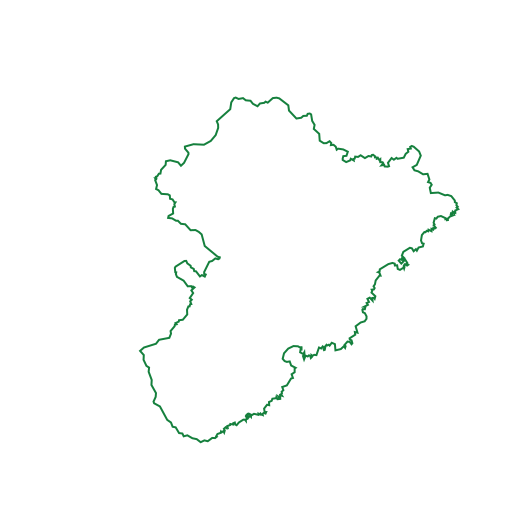 Pacitan, Jawa Timur, Indonesia (Albers equal-area conic projection), rotated 310°
{"feature_id": "22746128B46377021687256", "entity_name": "Pacitan", "entity_type": "district", "adm_level": 2, "iso_a3": "IDN", "parent_name": "Indonesia", "parent_adm1": "Jawa Timur", "projection": "albers", "projection_center": [111.181, -8.102], "detail": "fine", "context": "isolated", "style": "outline", "palette": "green", "viewbox_px": 512, "rotation_deg": 310, "n_neighbors": 0, "source": "geoboundaries", "source_scale": "gbopen_adm2", "svg_char_len": 6126}
<svg xmlns="http://www.w3.org/2000/svg" viewBox="0 0 512 512"><g transform="rotate(310 256 256)"><path d="M334.0,139.3L332.4,142.4L329.8,144.7L322.7,147.4L315.1,147.4L307.8,144.6L301.5,136.3L294.1,131.2L292.6,132.6L291.7,137.8L290.7,138.8L281.1,141.0L276.9,140.5L277.7,136.1L274.2,128.8L270.7,126.1L267.7,128.2L261.0,127.9L257.7,129.8L256.6,128.7L253.6,129.1L252.4,128.4L251.6,129.5L250.8,128.7L250.4,130.2L249.3,130.0L246.7,134.6L243.1,136.4L243.7,139.0L242.8,143.6L246.6,148.8L247.0,151.0L244.6,153.4L245.7,155.7L244.7,159.0L245.3,159.8L243.2,160.1L241.7,162.1L240.5,161.3L238.7,162.0L235.3,165.2L230.5,163.3L228.7,164.2L230.9,167.6L231.6,172.0L232.8,173.5L232.4,177.8L234.8,181.4L233.7,189.3L237.0,193.0L237.7,196.7L237.6,200.5L230.7,210.3L230.8,227.0L231.7,229.1L230.6,229.6L229.2,229.1L228.0,226.4L224.0,225.6L221.5,223.9L210.4,226.6L209.0,227.8L209.5,229.4L207.3,230.0L206.6,226.8L204.3,226.2L205.7,219.9L204.7,218.4L206.1,216.6L205.4,213.4L206.5,212.2L206.2,208.1L207.4,205.7L206.2,204.4L196.1,201.2L194.7,201.5L191.7,204.6L192.2,205.4L190.6,206.3L189.2,208.9L190.6,216.4L188.9,223.2L191.2,225.7L190.8,227.1L192.1,227.3L192.4,229.1L188.1,228.6L187.2,231.7L181.2,232.3L181.2,234.9L179.0,234.7L177.6,237.3L176.7,236.6L174.7,237.5L173.9,236.6L170.5,237.7L167.0,240.9L160.1,240.9L157.3,238.3L156.1,239.0L152.9,237.5L152.6,239.0L151.2,238.0L149.9,238.8L143.6,238.8L141.9,240.8L137.6,242.2L129.5,235.6L124.5,235.8L113.9,229.0L108.8,228.2L108.0,233.7L104.2,236.6L101.4,242.7L101.8,245.8L98.3,248.2L94.0,255.8L90.0,258.8L86.7,267.5L83.6,269.7L78.6,271.1L77.7,272.6L79.0,279.1L73.4,293.3L73.8,297.9L71.6,301.9L73.1,304.6L70.9,310.9L72.7,313.7L71.4,316.5L74.5,318.7L75.5,324.4L77.6,328.3L77.8,333.3L81.6,335.0L83.1,338.1L88.5,339.4L90.2,341.7L92.3,342.1L92.2,341.4L94.9,340.9L97.8,342.6L99.1,342.0L99.0,343.1L100.9,343.6L100.3,345.1L102.3,344.2L103.0,342.5L105.3,342.8L105.3,344.3L106.1,343.9L106.3,344.6L107.3,343.3L109.9,344.8L110.8,344.3L112.2,346.8L113.2,346.0L114.8,346.8L113.6,348.4L113.9,349.9L117.5,349.9L122.5,351.5L123.5,352.7L123.2,354.2L124.2,353.3L125.6,354.0L126.9,351.1L127.8,350.9L129.8,351.1L130.6,351.7L130.8,352.5L129.5,351.3L126.9,351.6L127.2,353.3L128.1,353.4L127.6,354.1L129.8,354.1L129.6,355.5L130.5,354.8L133.8,355.9L135.8,359.8L136.7,359.2L136.7,360.3L138.2,360.6L137.3,362.7L138.0,361.7L138.5,363.4L139.2,362.5L140.8,362.8L141.4,364.6L143.0,364.1L142.0,363.0L144.3,360.3L149.2,360.1L150.2,362.0L152.5,359.8L155.1,361.1L157.2,360.3L160.0,362.8L161.0,362.3L160.1,364.5L161.7,366.0L162.7,363.8L162.9,365.7L164.9,363.9L165.7,365.8L166.3,364.0L167.6,364.1L168.5,362.9L170.8,363.2L172.5,360.3L176.7,362.8L184.6,361.6L186.3,362.7L188.3,359.3L191.8,360.3L194.7,357.9L195.8,358.2L194.7,353.3L196.9,349.6L194.7,347.7L193.9,345.5L194.4,342.5L199.5,340.0L205.8,340.2L211.1,342.6L213.8,346.2L214.4,349.5L216.0,349.0L213.6,351.0L212.9,350.3L210.6,351.7L211.3,355.3L213.3,354.9L211.5,356.7L209.6,356.3L207.7,359.3L211.5,358.0L212.3,360.2L213.9,360.4L214.4,361.7L213.1,363.6L214.7,363.7L215.8,362.4L215.9,363.5L217.7,364.1L218.9,366.0L226.4,363.1L227.1,365.4L229.6,365.2L229.6,367.1L233.2,367.1L233.0,367.9L234.8,368.8L234.7,370.0L238.2,369.8L239.2,373.1L234.8,377.5L239.2,380.8L243.4,381.3L242.9,383.3L244.5,382.6L244.8,381.0L249.3,381.1L250.4,383.1L249.8,385.9L251.1,385.9L252.8,383.4L252.3,381.6L253.1,380.6L259.5,382.6L261.3,380.6L262.5,383.0L266.2,377.5L272.3,378.9L275.8,381.2L278.9,381.0L280.8,379.5L282.2,376.1L281.6,374.1L283.1,372.1L283.9,371.9L285.2,373.6L287.2,372.6L286.5,371.4L290.5,373.1L291.1,371.0L293.4,372.1L294.8,368.9L297.2,369.9L296.7,374.0L298.6,372.1L299.8,373.2L299.5,374.4L301.9,373.3L302.2,368.0L304.1,367.4L304.6,366.3L306.2,367.8L307.7,367.5L308.4,365.5L310.8,365.3L314.2,363.4L320.4,363.2L321.0,364.0L322.6,361.2L322.1,359.9L323.8,360.5L325.4,359.4L334.9,362.6L338.4,365.0L339.3,367.2L338.0,368.5L339.6,370.1L337.2,372.9L337.9,375.2L342.1,376.6L341.6,377.5L343.1,376.8L343.2,375.6L345.1,375.2L345.8,377.9L347.0,378.2L346.5,376.1L347.9,376.4L349.1,372.6L343.6,372.2L344.2,368.3L346.1,368.4L346.7,370.1L347.8,369.5L347.8,370.8L349.7,370.8L350.0,367.5L353.9,366.2L361.2,368.6L362.1,370.5L361.0,373.7L364.0,374.1L363.5,375.8L367.0,375.1L370.6,377.7L373.2,376.5L372.5,375.0L374.0,372.4L378.7,369.6L382.6,369.6L383.1,370.5L385.0,370.6L385.6,372.0L387.0,371.2L387.8,374.5L389.6,373.0L390.1,374.7L391.4,373.8L391.9,375.3L393.2,375.6L393.8,372.3L394.9,372.5L395.6,370.7L399.9,368.7L400.6,370.1L402.9,370.0L405.5,372.0L406.8,376.8L406.0,377.4L407.1,378.2L406.1,379.2L406.9,379.9L407.8,379.0L410.8,379.2L413.9,380.9L413.0,378.5L414.2,377.9L414.8,379.0L416.3,378.2L416.1,380.5L417.1,379.9L417.3,380.8L418.9,379.4L421.9,380.8L422.0,378.6L423.4,378.9L423.7,376.9L425.5,375.9L425.1,373.7L426.3,372.6L427.4,367.1L426.0,363.5L424.0,361.8L421.8,354.9L416.6,349.5L420.0,345.2L423.5,344.8L424.2,342.7L423.2,340.3L426.1,339.6L429.2,334.6L426.0,331.5L425.1,325.8L423.5,322.3L424.6,318.9L429.1,320.6L438.8,317.7L440.9,313.8L441.1,306.6L440.4,304.6L438.7,304.0L437.8,305.5L435.4,303.5L433.8,305.7L430.5,305.0L426.3,306.0L421.5,302.0L421.5,300.5L418.4,299.7L418.2,296.9L412.2,297.2L410.3,300.2L409.1,299.5L407.3,297.0L408.2,295.6L406.1,293.9L408.9,293.8L409.2,292.7L407.8,290.9L409.9,289.1L408.7,289.0L409.4,287.0L408.3,286.2L409.4,285.7L408.0,283.8L408.9,283.2L408.8,280.6L407.7,279.8L406.3,280.3L404.9,277.9L401.0,276.5L400.4,271.4L397.5,270.5L395.9,268.1L394.0,269.0L392.9,268.3L392.0,269.4L391.4,266.1L389.8,266.7L385.9,264.7L385.3,260.7L386.3,259.8L388.6,258.7L390.9,260.9L394.9,259.3L393.7,254.3L391.0,249.9L389.3,249.5L391.0,246.8L391.0,243.9L389.1,242.1L390.9,241.1L391.2,238.6L387.7,237.4L385.9,235.3L385.3,230.7L390.2,225.9L390.5,218.6L394.1,216.6L395.6,212.2L399.9,207.2L399.7,205.6L398.1,204.2L396.1,204.8L393.7,202.2L391.0,201.8L387.3,198.6L388.6,187.8L392.2,183.9L391.7,172.5L390.5,170.0L387.8,167.4L381.0,166.4L380.4,164.1L378.7,163.9L375.4,161.0L371.7,160.9L370.6,155.8L371.4,152.0L368.7,148.1L368.6,144.6L365.1,141.7L364.3,138.6L362.8,137.7L357.8,138.3L351.9,141.9L334.0,139.3ZM229.4,368.4L228.1,367.7L227.6,368.6L228.3,369.0L229.4,368.4Z" fill="none" stroke="#15803d" stroke-width="2"/></g></svg>